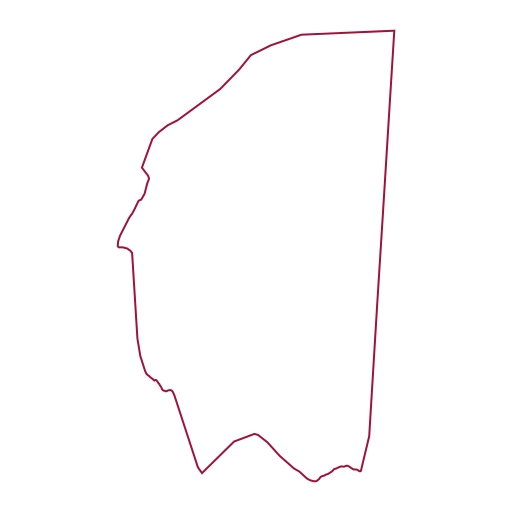 Phalombe, Robinson projection
{"feature_id": "MWI-1924", "entity_name": "Phalombe", "entity_type": "District", "adm_level": 1, "iso_a3": "MWI", "parent_name": "Malawi", "parent_adm1": "", "projection": "robinson", "projection_center": [35.629, -15.702], "detail": "fine", "context": "isolated", "style": "outline", "palette": "rose", "viewbox_px": 512, "rotation_deg": 0, "n_neighbors": 0, "source": "natural_earth", "source_scale": "10m", "svg_char_len": 1763}
<svg xmlns="http://www.w3.org/2000/svg" viewBox="0 0 512 512"><path d="M394.3,30.7L389.7,104.3L382.5,220.3L377.3,302.6L369.2,436.2L360.9,470.9L360.6,471.1L360.1,471.3L359.5,471.2L358.9,470.9L357.6,470.0L356.6,469.5L354.7,469.5L353.7,469.4L352.6,468.9L348.6,466.2L347.1,465.7L345.7,465.9L344.7,466.5L343.8,466.7L341.8,466.4L340.8,466.5L339.3,467.0L336.5,468.4L334.7,468.9L333.6,469.6L333.0,470.4L332.0,471.4L328.2,473.9L327.3,474.2L325.9,474.6L325.2,474.9L324.6,475.5L322.2,476.1L321.0,476.7L320.1,477.5L319.3,478.8L318.3,479.7L317.3,480.5L316.3,481.1L315.2,481.3L314.1,481.3L310.6,480.4L307.8,479.1L306.4,478.0L299.4,471.6L294.0,468.5L279.6,455.8L267.4,442.3L258.0,434.9L254.4,433.9L234.1,441.5L202.0,473.1L197.9,467.3L174.4,395.4L172.8,391.8L171.6,390.5L170.6,390.1L170.0,390.1L169.4,390.2L168.1,390.4L166.3,391.3L166.0,391.3L165.6,391.2L164.5,390.7L163.7,390.7L162.9,390.2L162.2,389.5L161.4,387.5L160.3,385.7L159.8,385.2L159.3,384.0L158.3,382.9L156.4,380.3L155.8,380.0L155.1,380.1L154.6,380.5L154.1,380.4L153.5,379.8L152.8,379.1L152.0,378.5L151.4,378.0L150.6,377.5L148.9,375.9L147.6,375.0L146.3,373.6L145.0,370.7L140.3,356.0L137.4,338.4L132.1,252.8L131.4,252.1L130.9,251.4L130.3,250.7L128.7,249.6L127.8,248.9L127.2,248.5L124.5,247.8L123.8,247.6L123.1,247.4L120.4,247.3L119.9,247.3L119.1,247.4L118.4,247.0L117.7,245.9L118.2,241.2L120.0,235.8L129.0,218.1L130.8,215.4L131.4,214.6L132.1,213.8L133.1,211.8L134.2,209.9L138.5,200.9L139.2,200.4L140.7,199.9L141.2,199.5L141.8,198.6L142.4,197.6L143.7,195.2L144.2,194.6L144.8,192.9L147.2,183.5L149.0,178.9L148.6,177.2L148.0,175.6L141.9,167.7L152.4,138.9L159.0,132.0L167.8,125.2L177.5,120.3L220.2,89.0L239.2,69.5L250.9,55.1L270.9,45.3L301.4,34.7L394.0,30.7L394.3,30.7Z" fill="none" stroke="#9f1239" stroke-width="2"/></svg>